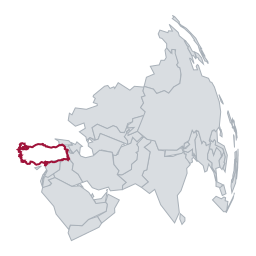 Turkey highlighted on a map of Asia
{"feature_id": "TUR", "entity_name": "Turkey", "entity_type": "country or territory", "adm_level": 0, "iso_a3": "TUR", "parent_name": "Asia", "parent_adm1": "", "projection": "orthographic", "projection_center": [34.29, 38.962], "detail": "fine", "context": "in_parent", "style": "outline", "palette": "rose", "viewbox_px": 256, "rotation_deg": 0, "n_neighbors": 45, "source": "natural_earth", "source_scale": "50m", "svg_char_len": 16625}
<svg xmlns="http://www.w3.org/2000/svg" viewBox="0 0 256 256"><path d="M143.7,87.1L143.0,91.0L145.1,95.8L141.4,97.1L143.6,103.0L140.6,107.6L145.2,111.8L145.5,115.0L132.8,118.6L132.6,121.8L127.7,123.5L125.1,132.3L120.3,132.4L116.7,127.1L113.2,125.7L107.2,128.6L97.3,124.2L92.1,127.7L95.4,139.9L90.0,137.6L86.6,140.3L85.9,136.9L79.4,131.8L85.3,128.3L84.0,123.0L75.4,126.2L68.2,120.4L69.4,113.2L72.0,114.8L75.3,107.9L86.4,109.3L97.3,105.5L97.2,103.9L93.3,102.6L95.3,98.4L93.1,96.7L93.5,95.3L104.6,86.2L107.8,85.5L110.0,88.4L113.9,86.8L114.7,88.5L118.2,82.7L129.9,90.2L134.4,86.3L143.7,87.1Z" fill="#d9dde1" stroke="#a8b0b8" stroke-width="1"/><path d="M95.4,139.9L92.1,127.7L97.3,124.2L107.2,128.6L113.2,125.7L116.7,127.1L120.3,132.4L124.3,132.7L127.9,125.0L127.8,127.9L134.1,127.4L132.4,130.9L129.9,131.9L129.0,129.5L126.5,131.5L126.3,136.0L124.4,136.7L127.6,140.6L127.6,144.4L100.3,133.5L98.1,139.2L95.4,139.9Z" fill="#d9dde1" stroke="#a8b0b8" stroke-width="1"/><path d="M236.3,157.4L236.3,161.0L237.2,163.7L236.8,166.5L235.6,182.9L231.9,192.6L231.0,186.3L231.5,180.6L232.4,182.1L234.7,173.9L235.2,171.6L235.4,161.2L236.3,157.4ZM237.4,171.2L237.5,168.8L237.3,171.1L236.9,175.9L236.5,179.3L236.9,174.1L237.5,163.9L237.7,158.5L238.0,148.8L238.1,155.3L237.6,162.9L237.5,165.2L237.7,165.7L238.0,158.3L237.7,165.7L237.7,167.3L237.4,171.2ZM234.0,194.4L233.9,194.8L234.4,192.7L234.0,194.4ZM227.2,209.1L232.6,198.1L233.8,195.3L233.0,198.7L226.1,212.9L227.2,209.1ZM225.1,200.7L227.9,201.5L226.9,209.4L225.7,211.7L223.6,211.7L212.5,199.9L216.1,196.3L221.4,198.8L223.9,197.0L225.6,197.7L225.1,200.7Z" fill="#d9dde1" stroke="#a8b0b8" stroke-width="1"/><path d="M45.0,174.1L42.6,179.0L42.5,187.1L40.5,181.2L42.9,174.8L45.0,174.1Z" fill="#d9dde1" stroke="#a8b0b8" stroke-width="1"/><path d="M47.2,170.9L43.0,174.8L46.7,169.6L47.2,170.9Z" fill="#d9dde1" stroke="#a8b0b8" stroke-width="1"/><path d="M44.2,177.2L42.5,180.8L43.2,176.7L44.2,177.2Z" fill="#d9dde1" stroke="#a8b0b8" stroke-width="1"/><path d="M44.2,177.2L53.5,173.5L54.9,177.6L48.5,180.1L51.6,183.4L45.9,188.1L42.5,187.1L44.2,177.2Z" fill="#d9dde1" stroke="#a8b0b8" stroke-width="1"/><path d="M94.1,199.7L101.4,198.6L107.1,191.7L105.1,203.2L95.9,203.5L94.1,199.7Z" fill="#d9dde1" stroke="#a8b0b8" stroke-width="1"/><path d="M91.6,198.4L91.1,196.1L92.4,193.7L93.8,196.5L91.6,198.4Z" fill="#d9dde1" stroke="#a8b0b8" stroke-width="1"/><path d="M79.1,182.4L82.9,187.0L77.3,186.0L79.1,182.4Z" fill="#d9dde1" stroke="#a8b0b8" stroke-width="1"/><path d="M54.9,177.6L53.5,173.5L59.6,169.6L60.0,162.8L63.7,159.0L69.2,159.1L73.3,163.8L72.2,169.9L78.2,174.2L82.8,182.3L71.8,186.4L54.9,177.6Z" fill="#d9dde1" stroke="#a8b0b8" stroke-width="1"/><path d="M105.6,202.3L108.0,194.2L119.3,200.0L114.6,208.3L114.8,212.6L101.6,223.2L97.4,216.5L106.2,211.2L107.3,204.3L105.6,202.3ZM107.5,189.6L106.4,190.8L107.1,189.4L107.5,189.6Z" fill="#d9dde1" stroke="#a8b0b8" stroke-width="1"/><path d="M219.9,167.1L218.9,160.6L222.7,155.5L222.6,152.7L224.5,153.3L225.3,156.9L224.1,162.4L224.9,163.2L222.0,169.6L219.9,167.1Z" fill="#d9dde1" stroke="#a8b0b8" stroke-width="1"/><path d="M221.5,156.1L218.9,160.6L219.9,167.1L215.8,168.5L217.1,181.9L222.4,184.5L221.3,187.9L216.0,186.4L216.1,173.8L211.8,167.3L211.9,163.0L207.6,159.4L207.6,154.1L209.4,148.7L212.0,149.2L213.6,155.1L215.5,148.8L218.1,148.3L220.8,151.8L221.5,156.1Z" fill="#d9dde1" stroke="#a8b0b8" stroke-width="1"/><path d="M223.8,152.0L221.5,156.1L220.8,151.8L216.5,147.5L213.6,155.1L212.0,149.2L209.4,148.7L210.7,143.4L209.2,140.5L212.9,141.9L214.3,139.6L215.7,141.3L215.3,144.8L222.2,147.4L223.8,152.0Z" fill="#d9dde1" stroke="#a8b0b8" stroke-width="1"/><path d="M209.4,148.7L207.6,154.1L207.6,159.4L211.9,163.0L211.8,167.3L216.1,173.8L215.8,181.2L213.8,172.4L208.7,164.1L207.0,170.8L204.8,172.0L203.1,165.5L196.5,159.6L194.8,140.0L197.0,135.2L195.6,131.5L198.5,131.3L201.9,143.4L203.2,141.1L205.7,142.6L206.3,145.5L209.1,142.8L209.4,148.7Z" fill="#d9dde1" stroke="#a8b0b8" stroke-width="1"/><path d="M223.1,168.3L224.9,163.2L224.1,162.4L225.3,156.9L223.1,148.8L215.3,144.8L215.7,141.3L214.3,139.6L212.9,141.9L209.6,139.2L212.1,130.8L216.9,130.5L217.5,142.0L224.2,146.0L227.3,155.2L225.1,171.9L223.1,168.3Z" fill="#d9dde1" stroke="#a8b0b8" stroke-width="1"/><path d="M185.5,40.9L189.2,45.3L192.2,51.0L195.0,52.6L196.0,59.1L193.2,55.3L192.0,56.1L190.6,53.4L187.6,48.1L188.2,46.6L187.0,45.8L184.3,40.9L185.5,40.9Z" fill="#d9dde1" stroke="#a8b0b8" stroke-width="1"/><path d="M196.6,57.4L194.5,51.9L198.1,53.7L201.6,57.9L203.4,64.0L198.8,59.6L198.4,58.0L196.6,57.4Z" fill="#d9dde1" stroke="#a8b0b8" stroke-width="1"/><path d="M144.1,86.4L146.4,77.3L154.3,73.9L150.3,66.3L159.2,64.9L161.0,60.3L164.5,60.3L166.2,57.6L165.0,50.2L166.7,47.8L171.9,53.4L171.8,49.4L174.7,48.9L178.2,62.9L176.7,64.7L178.0,66.9L179.9,67.8L181.1,72.0L179.9,83.4L173.8,86.9L168.7,93.2L164.3,90.6L156.7,93.5L153.4,89.1L144.1,86.4Z" fill="#d9dde1" stroke="#a8b0b8" stroke-width="1"/><path d="M195.6,131.5L197.0,135.2L194.8,140.0L196.5,157.3L193.8,153.6L193.8,156.2L192.2,155.6L192.5,149.3L188.0,152.5L184.1,151.2L184.3,153.7L186.3,154.1L185.6,157.7L187.0,157.5L190.2,164.7L186.7,168.4L187.1,173.2L181.0,190.7L177.3,195.5L179.3,212.5L174.6,222.9L160.7,204.8L154.7,189.4L149.5,193.5L141.4,187.3L148.2,181.9L142.1,175.5L143.9,170.9L146.8,169.8L150.1,151.9L144.2,147.2L150.5,142.5L151.4,138.7L155.1,141.0L158.5,149.9L165.1,150.9L164.6,156.5L173.0,156.4L183.3,152.0L182.3,146.0L183.8,148.8L185.9,148.5L189.6,144.4L187.8,142.3L192.2,130.2L193.9,132.9L195.6,131.5Z" fill="#d9dde1" stroke="#a8b0b8" stroke-width="1"/><path d="M193.8,153.6L197.4,161.8L193.5,157.4L191.9,158.8L192.5,162.0L190.0,163.4L185.6,157.7L186.3,154.1L184.3,153.7L184.1,151.2L188.0,152.5L192.5,149.3L192.2,155.6L193.8,156.2L193.8,153.6Z" fill="#d9dde1" stroke="#a8b0b8" stroke-width="1"/><path d="M187.8,142.3L189.6,144.4L183.8,148.8L184.3,143.4L187.8,142.3Z" fill="#d9dde1" stroke="#a8b0b8" stroke-width="1"/><path d="M181.5,147.6L183.3,152.0L181.7,153.4L164.6,156.5L165.6,149.6L176.8,150.1L181.5,147.6Z" fill="#d9dde1" stroke="#a8b0b8" stroke-width="1"/><path d="M151.4,138.7L150.5,142.5L144.2,147.2L150.1,151.9L146.8,169.8L143.9,170.9L142.1,175.5L148.2,181.9L141.4,187.3L135.3,183.7L122.4,189.6L122.6,185.4L126.1,182.4L117.2,174.6L122.1,174.8L131.5,169.3L131.6,164.2L136.8,159.8L137.3,142.4L143.6,136.8L147.4,139.4L151.4,138.7Z" fill="#d9dde1" stroke="#a8b0b8" stroke-width="1"/><path d="M120.4,147.3L130.7,143.1L132.6,137.2L137.0,141.7L139.1,137.7L143.6,136.8L136.6,144.4L138.5,146.9L138.2,151.4L136.0,152.4L137.6,154.1L136.8,159.8L131.6,164.2L131.5,169.3L122.1,174.8L117.2,174.6L118.9,170.8L113.8,164.5L113.2,155.1L117.9,154.4L120.4,147.3Z" fill="#d9dde1" stroke="#a8b0b8" stroke-width="1"/><path d="M127.6,144.4L127.6,140.6L124.4,136.7L129.0,129.5L130.7,131.4L128.3,135.2L137.4,131.2L142.8,136.1L137.0,141.7L132.6,137.2L130.7,143.1L127.6,144.4Z" fill="#d9dde1" stroke="#a8b0b8" stroke-width="1"/><path d="M127.9,125.0L132.6,121.8L132.8,118.6L145.5,115.0L137.4,131.2L128.3,135.2L127.8,133.3L134.1,127.4L127.8,127.9L127.9,125.0Z" fill="#d9dde1" stroke="#a8b0b8" stroke-width="1"/><path d="M86.6,140.3L90.0,137.6L94.2,140.4L98.1,139.2L100.3,133.5L123.7,142.9L124.3,144.9L122.2,144.7L116.1,155.5L113.2,155.1L112.2,152.4L101.5,150.0L93.4,154.9L92.1,149.1L88.3,146.1L88.3,143.1L92.7,141.9L89.3,138.5L87.8,142.3L86.6,140.3Z" fill="#d9dde1" stroke="#a8b0b8" stroke-width="1"/><path d="M82.8,182.3L78.2,174.2L72.2,169.9L73.3,163.8L67.4,156.6L66.6,151.6L72.2,153.3L76.8,149.7L80.8,156.1L85.6,157.7L93.3,155.8L99.6,150.2L112.2,152.4L113.8,164.5L118.9,170.8L117.2,174.6L126.1,182.4L122.6,185.4L122.4,189.6L110.4,190.8L108.4,187.1L98.6,190.0L92.3,187.7L87.1,180.8L82.8,182.3Z" fill="#d9dde1" stroke="#a8b0b8" stroke-width="1"/><path d="M44.7,176.1L47.2,170.9L45.1,166.8L47.3,161.9L62.6,159.6L60.0,162.8L59.6,169.6L48.0,177.4L44.7,176.1Z" fill="#d9dde1" stroke="#a8b0b8" stroke-width="1"/><path d="M73.2,153.1L65.1,148.9L64.6,146.0L69.8,146.4L73.2,153.1Z" fill="#d9dde1" stroke="#a8b0b8" stroke-width="1"/><path d="M184.9,217.7L184.9,220.9L182.0,224.4L179.8,219.0L180.2,213.6L184.9,217.7Z" fill="#d9dde1" stroke="#a8b0b8" stroke-width="1"/><path d="M222.0,136.8L220.0,135.3L220.9,129.1L222.1,133.8L222.0,136.8ZM137.4,131.2L145.2,111.8L140.6,107.6L143.6,103.0L141.4,97.1L145.1,95.8L143.0,91.0L144.1,86.4L153.4,89.1L156.7,93.5L164.3,90.6L168.7,93.2L173.8,86.9L179.9,83.4L181.1,74.6L179.9,67.8L178.0,66.9L176.7,64.7L178.2,62.9L175.1,53.1L175.6,49.7L171.8,49.4L170.8,52.9L166.7,47.8L166.7,43.7L162.0,38.4L159.8,37.8L158.2,33.9L159.9,30.1L167.9,32.7L168.5,30.8L172.4,31.1L169.2,24.3L178.2,32.4L179.3,35.8L185.5,40.9L184.3,40.9L187.0,45.8L188.2,46.6L187.6,48.1L192.0,56.1L194.0,63.6L190.8,58.5L189.6,58.3L193.6,69.9L197.5,69.8L196.2,66.3L197.3,64.6L198.4,65.4L201.9,75.9L208.5,78.3L210.2,81.9L211.8,82.4L214.4,87.0L219.3,101.9L220.7,111.9L219.4,125.6L220.4,129.1L220.0,130.4L218.7,127.4L215.7,131.7L214.2,129.7L212.1,130.8L209.2,140.5L210.7,143.4L206.3,145.5L205.7,142.6L203.2,141.1L201.9,143.4L198.5,131.3L196.3,130.3L193.9,132.9L192.2,130.2L188.9,140.6L184.3,143.4L183.5,148.2L182.3,146.0L176.8,150.1L158.5,149.9L155.1,141.0L147.4,139.4L137.4,131.2Z" fill="#d9dde1" stroke="#a8b0b8" stroke-width="1"/><path d="M218.9,94.5L222.4,101.4L223.4,104.3L221.1,101.6L218.9,94.5Z" fill="#d9dde1" stroke="#a8b0b8" stroke-width="1"/><path d="M71.4,142.6L75.4,144.5L76.9,141.9L82.4,146.4L80.3,147.1L79.6,153.7L76.8,149.7L73.2,153.1L70.3,149.5L68.1,145.1L72.1,145.3L71.4,142.6ZM72.2,153.3L70.4,153.1L68.3,150.4L70.8,150.9L72.2,153.3Z" fill="#d9dde1" stroke="#a8b0b8" stroke-width="1"/><path d="M54.7,138.8L68.8,140.7L72.4,144.8L59.3,145.0L58.7,141.2L54.7,138.8Z" fill="#d9dde1" stroke="#a8b0b8" stroke-width="1"/><path d="M233.3,128.6L232.2,127.2L232.7,125.7L233.3,128.6ZM235.6,133.3L234.5,128.5L234.9,129.3L234.3,125.2L235.6,133.3ZM235.2,126.2L236.4,130.6L236.8,133.7L236.4,131.8L236.6,134.2L237.1,137.3L236.9,138.3L236.2,135.1L236.3,140.5L235.8,133.1L235.6,128.1L235.2,126.2ZM234.1,136.3L234.5,147.5L233.5,134.5L234.1,136.3ZM228.0,110.6L231.7,122.0L232.4,118.8L233.4,121.7L232.5,121.5L231.9,125.5L231.4,123.0L230.4,122.9L227.5,113.2L228.0,110.6ZM234.6,131.7L233.7,128.1L234.0,126.3L234.6,131.7ZM233.6,119.7L234.3,122.0L234.2,123.0L235.0,126.5L233.3,121.3L233.6,119.7Z" fill="#d9dde1" stroke="#a8b0b8" stroke-width="1"/><path d="M219.6,187.9L223.7,184.8L226.0,193.7L222.3,195.5L219.6,187.9ZM236.3,157.4L235.4,161.2L235.2,171.6L232.4,182.1L231.8,182.0L231.5,180.6L232.8,177.8L232.9,175.1L234.0,170.6L234.4,164.2L235.1,162.3L234.9,152.3L236.4,151.2L236.3,157.4Z" fill="#d9dde1" stroke="#a8b0b8" stroke-width="1"/><path d="M234.8,159.0L235.1,162.3L234.8,164.6L234.4,164.2L234.8,159.0Z" fill="#d9dde1" stroke="#a8b0b8" stroke-width="1"/><path d="M186.5,28.5L195.8,38.3L199.0,44.5L202.0,49.3L200.3,48.3L203.4,57.0L204.4,56.7L207.8,61.5L208.2,63.7L206.5,61.3L205.0,61.1L199.8,50.9L198.1,45.4L194.0,40.3L194.5,40.0L190.4,34.1L183.4,27.7L182.2,25.7L186.5,28.5ZM173.9,17.0L172.3,15.4L174.6,16.6L179.4,22.0L179.2,23.3L182.0,25.9L182.8,27.6L180.7,26.3L177.8,22.6L172.3,18.6L173.9,17.0ZM203.7,55.4L201.3,50.8L201.9,50.4L204.8,55.8L203.7,55.4Z" fill="#d9dde1" stroke="#a8b0b8" stroke-width="1"/><path d="M97.4,216.5L101.6,223.2L99.0,227.2L71.4,240.6L68.1,232.9L70.3,225.1L82.1,225.7L88.5,219.4L97.4,216.5Z" fill="#d9dde1" stroke="#a8b0b8" stroke-width="1"/><path d="M42.6,187.6L50.2,185.2L51.6,183.4L48.5,180.1L54.9,177.6L71.8,186.4L79.9,185.9L88.8,192.4L95.9,203.5L105.6,202.3L107.3,204.3L106.2,211.2L88.5,219.4L82.1,225.7L70.3,225.1L68.6,229.3L56.1,214.1L53.8,206.3L41.6,192.0L42.6,187.6Z" fill="#d9dde1" stroke="#a8b0b8" stroke-width="1"/><path d="M41.4,166.0L36.9,169.7L34.8,167.8L41.4,166.0Z" fill="#d9dde1" stroke="#a8b0b8" stroke-width="1"/><path d="M59.2,145.1L59.7,145.2L59.9,145.3L60.0,145.3L60.2,145.1L61.0,145.0L61.6,145.1L61.9,144.7L62.1,144.6L62.3,144.6L62.5,144.9L62.8,144.9L63.2,145.3L63.4,145.4L63.5,145.5L63.4,145.6L63.5,145.7L63.6,145.8L63.8,145.8L64.0,145.8L64.2,146.0L64.3,146.2L64.5,146.4L64.7,146.5L64.8,146.6L65.0,147.0L65.1,147.3L65.1,147.5L65.0,147.8L64.8,148.1L65.0,148.4L64.9,148.6L65.2,148.9L65.3,149.2L65.2,149.3L65.5,149.5L65.9,149.6L66.1,149.6L66.5,149.5L66.8,149.5L67.1,149.6L67.6,149.9L68.1,150.3L68.4,150.6L67.7,150.3L67.4,150.7L67.3,151.5L67.2,151.7L66.6,151.7L66.4,151.7L66.4,151.8L66.5,152.0L66.6,152.3L66.7,152.5L66.9,152.6L66.9,152.9L66.8,153.1L66.9,153.3L67.1,153.5L67.3,154.1L67.3,154.3L67.4,154.5L67.4,155.0L67.5,155.1L67.8,155.2L67.9,155.3L67.8,155.5L67.7,155.9L67.7,156.1L67.5,156.3L67.5,156.6L67.4,156.8L67.5,156.9L67.8,156.9L68.0,157.0L68.4,157.2L68.5,157.3L68.4,157.5L68.5,157.7L68.5,157.9L68.6,158.3L69.0,158.5L69.2,158.8L69.2,159.0L68.8,159.2L68.2,159.6L68.0,160.0L67.9,159.9L67.7,159.7L67.7,159.2L67.5,158.9L67.4,158.9L67.1,158.9L66.9,159.1L66.7,159.2L66.2,159.3L65.8,159.3L65.2,159.1L64.6,159.0L64.2,159.1L63.7,159.0L63.4,159.5L62.9,159.9L62.7,160.0L62.5,159.6L62.4,159.5L62.2,159.4L62.1,159.5L61.8,159.8L61.4,160.0L60.4,160.3L59.7,160.4L58.9,160.3L58.5,160.4L58.2,160.4L57.5,160.8L56.4,161.5L55.5,161.8L54.6,162.1L53.9,162.1L53.3,162.1L52.9,162.1L52.7,162.1L52.4,161.8L52.0,161.6L51.6,161.5L51.3,161.5L50.6,161.9L50.0,162.1L49.3,162.5L48.6,162.4L48.3,162.5L48.0,162.3L47.9,162.1L47.4,162.0L47.1,162.0L47.0,162.3L46.8,163.2L47.1,163.8L46.7,164.0L46.4,164.2L46.3,164.7L46.0,164.9L45.9,165.0L45.8,165.3L45.7,165.4L45.3,165.1L45.1,165.1L45.2,164.8L44.8,163.7L45.0,163.4L45.4,163.0L45.8,162.5L45.8,162.0L45.7,161.8L45.4,161.6L45.0,161.9L44.8,162.1L44.6,162.2L44.4,162.3L44.3,162.5L44.0,162.7L43.6,162.8L43.0,162.6L42.4,162.3L42.0,162.1L41.7,162.0L41.4,162.1L40.6,162.7L39.8,163.6L39.6,163.8L38.9,164.2L38.4,164.3L38.2,164.3L37.3,164.4L36.8,164.5L36.4,164.7L35.7,164.4L35.3,164.1L35.0,163.8L34.6,163.2L34.3,162.9L33.6,162.6L32.5,161.9L32.2,161.9L31.4,161.7L30.5,161.6L30.4,161.9L30.3,162.8L30.1,163.1L30.0,163.5L29.9,163.7L29.7,163.8L29.5,163.6L29.3,163.5L28.9,163.7L28.1,163.9L27.8,164.0L26.9,163.6L26.5,163.3L26.3,163.1L26.3,162.6L26.1,162.4L26.1,162.0L25.9,161.9L25.7,162.1L25.2,161.9L24.6,161.5L24.1,161.5L23.8,161.9L23.5,162.0L23.3,162.0L23.3,161.9L23.5,161.7L22.7,161.7L22.3,161.8L22.0,161.8L21.7,161.7L21.8,161.5L22.0,161.5L22.2,161.4L23.1,161.4L23.3,161.4L23.5,161.1L23.9,160.8L24.0,160.7L22.4,160.7L21.5,160.6L21.4,160.7L21.3,160.4L21.4,160.2L21.6,160.2L22.1,160.1L22.0,159.8L21.7,159.6L21.4,159.4L21.2,158.9L21.1,158.5L20.9,158.3L21.0,158.2L21.4,158.1L21.5,157.6L21.5,157.3L21.3,157.2L20.7,156.9L20.4,156.6L20.0,156.4L19.9,156.5L19.6,156.5L19.4,156.3L19.1,156.2L19.2,155.7L19.4,155.7L19.3,155.1L19.3,154.9L19.5,154.8L19.9,155.1L19.9,155.4L19.9,155.6L20.0,155.9L20.1,155.7L20.3,155.8L20.6,155.8L21.2,155.7L21.3,155.6L20.9,155.6L20.7,155.5L20.5,155.2L20.5,154.9L20.4,154.7L20.5,154.6L20.8,154.5L21.1,154.1L20.9,153.9L20.7,153.9L20.6,153.6L20.7,153.3L20.3,152.6L20.7,152.2L21.0,151.9L20.8,151.7L19.9,151.8L19.5,151.9L18.9,151.9L18.9,151.7L19.1,151.3L19.1,150.5L19.2,150.1L19.6,150.0L20.1,149.5L20.8,148.8L21.5,148.9L21.8,148.7L22.3,148.8L22.4,149.0L22.7,149.3L23.4,149.3L23.7,149.1L23.4,148.8L23.5,148.7L23.8,148.7L24.1,148.8L24.0,149.0L23.9,149.1L24.0,149.2L24.9,149.1L25.7,149.3L26.0,149.3L26.7,149.3L26.9,149.2L26.7,149.0L26.2,148.8L26.7,148.5L26.9,148.4L28.1,148.3L29.0,148.2L27.7,147.9L27.1,147.4L27.0,147.2L27.1,146.6L27.3,146.5L27.7,146.5L29.2,146.8L30.4,146.7L31.5,147.1L32.7,147.1L32.9,146.9L33.3,146.4L34.9,145.5L35.5,145.0L36.1,144.8L37.1,144.5L38.0,144.1L38.3,144.1L40.3,144.3L41.8,144.3L42.4,143.9L42.8,144.0L42.7,144.3L42.7,144.5L42.9,144.8L43.2,145.1L43.8,145.4L44.8,145.1L45.1,145.2L45.5,146.1L45.7,146.4L46.1,146.6L46.3,146.6L46.5,146.4L47.0,146.3L47.6,146.5L47.8,146.9L48.7,147.1L49.6,147.2L50.0,147.4L51.2,147.6L51.7,147.6L52.4,147.2L53.9,146.9L54.9,147.2L55.2,147.3L55.4,147.2L55.8,147.3L56.1,147.2L57.2,146.6L57.5,146.3L57.8,146.2L58.1,146.0L58.9,145.4L59.2,145.1ZM24.5,143.7L24.4,144.1L24.6,144.5L24.9,145.2L25.3,145.5L26.8,146.3L27.0,146.4L27.0,146.7L26.8,147.0L26.7,147.2L26.3,147.3L25.0,146.8L24.7,146.8L24.1,147.1L23.6,146.9L22.9,147.0L22.7,147.5L22.2,148.0L21.5,148.3L20.9,148.5L20.1,149.3L19.7,149.7L19.3,149.8L19.4,149.6L19.5,149.4L19.5,149.0L19.8,148.8L20.1,148.6L20.8,148.3L21.0,148.1L20.5,148.0L19.9,148.1L19.5,148.0L19.2,148.0L19.1,147.6L19.3,147.5L19.5,147.3L19.9,146.8L20.0,146.7L20.0,146.4L20.0,145.9L20.6,145.6L20.8,145.4L20.8,145.0L20.8,144.7L20.7,144.7L20.4,144.3L20.1,144.2L20.3,143.9L20.7,143.9L20.9,143.5L21.0,143.4L21.4,143.4L21.7,143.4L21.9,143.3L22.0,143.2L22.5,143.2L23.1,143.7L23.3,143.8L23.6,143.7L24.0,143.7L24.5,143.7ZM18.7,149.6L18.1,149.6L17.9,149.5L18.2,149.3L18.5,149.2L18.8,149.4L18.7,149.6Z" fill="none" stroke="#9f1239" stroke-width="2"/></svg>